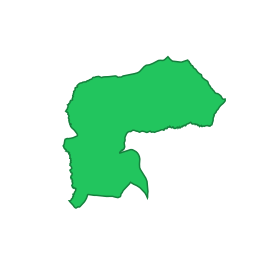 the district of Siem Bouk, Stœng Trêng, Cambodia, rotated 139°
{"feature_id": "14789045B16861695729461", "entity_name": "Siem Bouk", "entity_type": "district", "adm_level": 2, "iso_a3": "KHM", "parent_name": "Cambodia", "parent_adm1": "Stœng Trêng", "projection": "mercator", "projection_center": [105.84, 13.315], "detail": "fine", "context": "isolated", "style": "filled", "palette": "green", "viewbox_px": 256, "rotation_deg": 139, "n_neighbors": 0, "source": "geoboundaries", "source_scale": "gbopen_adm2", "svg_char_len": 5802}
<svg xmlns="http://www.w3.org/2000/svg" viewBox="0 0 256 256"><g transform="rotate(139 128 128)"><path d="M51.1,155.6L55.5,155.5L56.8,155.8L57.7,156.4L59.3,158.0L60.8,159.0L66.8,160.4L70.3,161.6L73.1,163.4L75.6,163.7L81.8,163.0L82.8,163.0L84.6,163.4L87.4,164.7L97.1,170.2L97.6,170.5L99.6,170.8L101.0,172.0L102.5,173.0L102.6,174.4L103.4,175.6L108.8,179.3L112.7,182.4L113.9,183.1L114.2,183.0L114.5,183.3L114.9,183.4L116.2,186.1L118.6,187.7L119.9,188.0L120.4,188.6L121.4,189.1L122.8,188.8L123.5,188.8L124.5,189.3L125.8,189.7L126.7,189.5L127.4,190.2L128.2,190.4L128.7,190.5L129.3,190.3L130.7,191.4L132.3,192.3L133.1,192.3L134.7,193.3L136.2,193.5L138.6,193.4L138.9,193.2L138.9,192.4L139.4,192.1L141.2,193.0L141.8,192.8L141.8,192.4L142.5,192.0L143.2,191.3L144.1,191.2L144.9,191.3L145.3,191.0L145.5,190.3L146.7,189.8L146.9,189.3L148.4,188.8L148.7,188.2L148.6,187.8L149.5,187.6L149.9,187.2L150.9,186.7L151.4,185.6L151.8,185.6L152.3,186.0L152.9,185.9L153.2,186.4L154.4,186.0L154.6,185.5L155.9,185.0L156.2,185.1L156.7,184.9L156.8,185.1L157.2,184.8L158.4,185.1L158.3,184.4L159.8,183.0L160.8,182.7L161.5,182.0L162.7,182.0L163.1,181.6L164.0,181.6L163.9,180.3L163.5,180.0L163.4,178.9L163.4,178.7L164.4,177.8L164.3,176.8L164.7,175.8L164.9,175.5L165.8,175.2L166.5,174.5L166.6,173.2L167.2,173.0L167.6,172.6L167.6,171.8L168.2,171.6L168.9,170.1L168.9,169.5L168.4,168.4L168.5,168.2L168.8,168.3L169.5,168.8L169.7,168.6L169.4,167.9L170.2,166.9L170.3,165.0L169.9,161.5L170.2,157.3L170.7,155.8L171.3,155.4L171.7,155.4L175.9,156.7L178.1,157.9L180.1,159.2L180.8,160.0L182.8,160.7L184.0,160.0L187.0,157.5L188.7,157.0L188.7,155.9L188.9,155.6L189.2,155.4L189.4,154.6L189.2,153.5L189.5,153.1L189.1,152.6L189.1,151.9L189.2,151.6L189.9,151.4L189.4,150.9L189.5,150.1L188.7,149.5L189.0,149.0L188.7,148.4L188.9,148.3L189.2,148.0L188.9,147.7L189.5,147.5L189.7,147.2L189.2,146.5L189.5,145.6L190.1,145.4L190.2,144.9L190.7,144.4L190.9,143.9L191.8,143.3L191.3,142.5L191.4,142.3L192.5,141.2L192.4,140.8L193.1,140.5L193.5,140.2L193.5,139.4L193.8,139.3L194.1,139.4L195.1,139.1L195.3,138.5L196.1,138.2L196.3,138.0L196.0,136.2L196.9,134.4L197.0,134.3L198.1,134.2L199.0,134.4L199.3,134.0L199.8,133.8L199.6,133.1L199.7,132.5L200.1,132.2L200.2,131.8L200.0,131.3L200.0,130.9L199.8,130.6L200.2,129.9L200.6,129.8L201.1,129.4L201.9,129.0L202.1,129.2L202.6,129.0L203.1,128.7L203.4,128.1L203.7,128.2L203.9,127.9L203.8,127.4L204.1,127.1L203.7,126.9L203.7,126.6L203.8,126.2L204.3,125.5L204.3,124.9L205.0,124.7L205.3,124.2L205.2,124.0L205.6,123.7L205.8,122.8L206.3,122.3L206.9,122.1L207.2,121.8L208.1,121.5L208.3,120.6L208.6,120.3L208.8,119.2L208.7,118.8L208.2,119.3L208.0,118.0L207.8,117.9L207.7,117.3L207.1,116.8L207.3,116.2L208.1,115.8L208.1,115.6L208.5,115.2L209.6,114.7L210.4,114.7L212.1,113.5L212.4,113.5L212.6,113.8L212.7,113.6L213.2,113.7L213.2,113.3L213.7,112.9L213.9,112.3L214.4,112.2L215.0,112.3L215.9,111.4L216.8,111.4L217.2,111.5L217.6,111.2L218.7,110.9L219.9,111.3L220.1,111.5L220.2,110.6L220.1,105.7L220.3,103.7L220.1,102.2L219.7,101.7L218.8,101.5L217.7,101.4L217.2,101.2L216.9,100.5L216.1,100.2L214.7,100.3L209.4,100.9L207.9,101.3L205.5,102.2L202.2,104.1L201.7,104.0L197.7,99.4L195.8,97.7L189.2,90.6L184.5,86.6L183.2,84.6L181.5,82.3L181.2,82.0L180.0,81.7L179.7,81.5L179.0,81.3L178.2,81.5L176.5,82.8L174.8,83.1L172.6,84.0L163.6,84.9L161.7,85.4L160.6,81.9L159.2,78.9L158.1,75.1L157.8,68.0L158.3,65.3L159.2,62.5L158.6,62.9L156.5,65.3L154.7,66.9L148.7,75.2L147.5,78.5L145.9,88.4L145.2,90.5L143.0,93.3L139.5,96.8L138.2,99.0L137.5,101.2L137.3,103.1L137.5,105.0L138.5,107.8L139.0,108.8L140.0,109.8L140.5,110.1L150.6,114.4L150.5,114.8L149.5,115.2L148.2,115.2L147.6,115.4L146.2,115.1L146.5,114.8L145.5,114.7L144.4,115.0L143.6,115.6L142.9,115.8L140.6,119.4L138.7,120.3L137.7,121.3L136.9,122.6L134.9,123.7L132.5,124.8L130.4,124.9L129.5,124.6L128.3,123.5L125.9,123.2L125.6,123.0L124.7,122.0L123.8,120.2L122.9,119.2L122.4,118.1L122.2,117.4L121.3,117.0L120.3,116.8L119.3,116.3L118.0,114.6L117.0,112.6L116.2,112.0L113.8,111.3L113.3,111.0L113.2,109.9L112.8,109.2L112.5,109.2L111.5,108.4L110.8,107.3L108.6,106.6L106.9,105.7L103.9,104.7L103.1,104.1L102.4,102.8L102.0,102.8L101.5,103.3L101.2,103.5L100.7,103.3L100.1,103.3L100.0,102.7L99.3,102.3L99.1,102.0L98.5,102.0L97.7,102.7L97.0,102.3L96.6,101.7L95.9,101.4L95.3,101.8L95.2,101.3L95.3,101.0L95.3,100.3L95.1,99.8L94.8,99.4L94.2,99.3L93.7,99.5L93.2,98.8L93.6,98.3L93.4,97.4L92.7,96.7L91.6,96.3L90.2,96.3L90.1,96.1L90.4,95.1L90.0,95.2L89.9,95.4L89.4,95.0L89.0,95.1L89.2,94.8L89.0,94.3L88.4,93.8L87.2,94.0L86.8,93.9L86.4,93.3L86.2,93.3L85.7,93.8L85.1,93.2L84.1,93.3L83.3,92.8L83.2,92.5L83.4,92.2L83.1,91.9L82.5,92.0L82.0,92.3L81.0,92.3L80.1,92.0L79.4,91.6L78.1,91.5L77.0,91.2L77.2,90.7L76.8,90.1L77.0,89.5L76.9,88.9L74.9,87.3L74.8,87.1L75.0,86.5L74.2,86.4L74.1,85.8L73.2,85.0L73.1,84.7L73.6,84.3L73.6,83.9L73.5,83.7L72.7,83.3L72.6,82.8L72.9,82.2L72.1,82.2L71.5,82.0L71.1,81.7L70.9,81.7L70.9,81.4L71.5,81.4L71.5,81.1L71.2,81.1L70.8,80.3L70.0,80.1L69.2,79.4L69.0,79.0L68.2,79.0L66.1,77.5L66.1,76.9L65.4,76.6L65.4,76.1L65.2,75.9L64.9,76.0L64.5,75.9L64.4,75.6L63.8,75.8L62.7,75.4L61.6,76.0L60.6,76.9L60.2,76.9L59.6,77.4L59.1,77.6L57.2,79.6L54.8,80.8L54.8,81.2L54.4,81.7L52.7,81.9L52.3,82.1L51.8,82.0L51.5,82.2L51.0,82.2L50.4,82.7L49.2,83.0L48.0,83.0L45.3,83.9L43.2,84.2L39.9,84.2L37.7,84.5L36.8,84.8L35.7,86.1L37.1,87.1L37.5,87.9L37.4,88.8L36.9,91.2L37.2,93.2L37.7,95.0L38.9,96.5L39.2,97.4L38.8,100.3L39.1,101.1L38.8,102.1L39.1,103.9L38.6,105.6L38.5,107.9L37.4,110.6L37.4,111.4L38.3,114.3L38.8,117.3L38.5,118.5L37.8,119.7L37.7,120.3L38.4,122.1L38.7,123.8L38.7,125.4L38.4,127.7L39.1,130.7L38.7,131.3L38.7,132.1L38.5,132.6L39.1,134.1L38.7,135.3L38.7,137.3L38.3,137.9L38.3,138.5L38.6,139.0L38.4,140.1L44.6,142.7L50.1,148.8L50.5,149.0L51.1,151.9L51.1,155.6Z" fill="#22c55e" stroke="#15803d" stroke-width="1.5"/></g></svg>